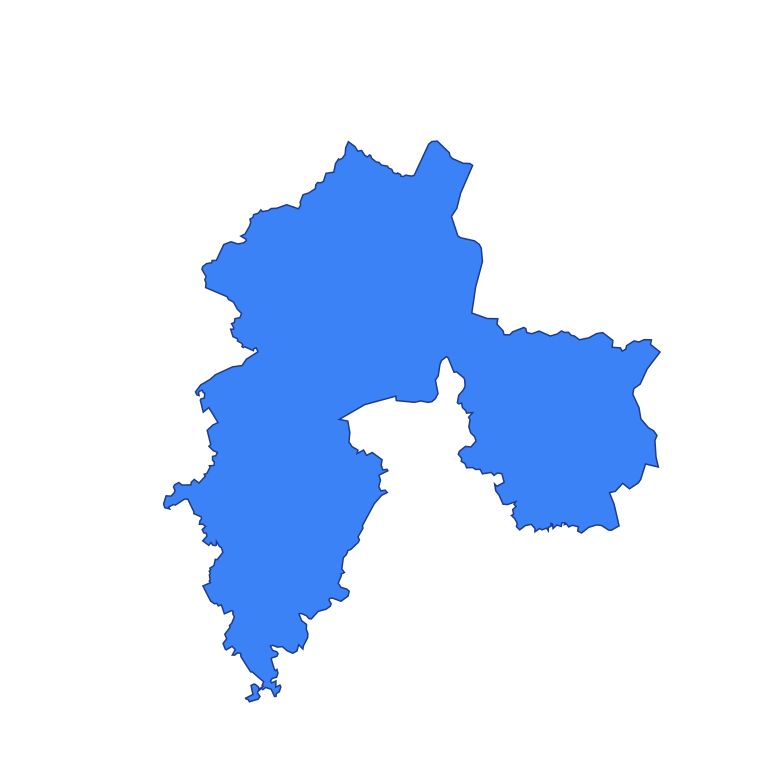 the district of Dhaka, Dhaka, Bangladesh, rotated 244°
{"feature_id": "16705992B90744549146712", "entity_name": "Dhaka", "entity_type": "district", "adm_level": 2, "iso_a3": "BGD", "parent_name": "Bangladesh", "parent_adm1": "Dhaka", "projection": "mercator", "projection_center": [90.205, 23.783], "detail": "fine", "context": "isolated", "style": "filled", "palette": "blue", "viewbox_px": 768, "rotation_deg": 244, "n_neighbors": 0, "source": "geoboundaries", "source_scale": "gbopen_adm2", "svg_char_len": 6171}
<svg xmlns="http://www.w3.org/2000/svg" viewBox="0 0 768 768"><g transform="rotate(244 384 384)"><path d="M281.9,132.7L264.8,133.0L260.8,135.3L260.0,137.6L257.2,137.8L256.7,141.0L247.4,139.8L247.1,147.6L245.7,148.8L244.0,147.4L240.2,147.3L235.7,142.2L234.7,139.3L232.8,139.0L228.9,131.2L223.9,130.9L221.4,125.6L215.3,125.1L214.2,125.6L214.8,132.5L210.5,133.9L206.9,128.8L205.8,130.9L206.5,134.6L204.8,137.0L201.6,135.9L183.8,137.9L182.7,139.5L169.1,145.3L166.6,142.4L165.3,142.8L164.4,137.6L166.5,138.4L170.3,136.7L171.4,135.5L171.3,132.3L162.4,130.1L162.3,121.9L161.5,121.9L159.7,123.7L157.4,123.7L155.9,132.6L157.5,135.6L161.8,134.9L162.8,135.8L164.2,140.3L162.4,141.1L163.1,144.6L159.1,148.8L151.1,148.6L150.6,150.0L152.9,151.5L153.3,155.0L157.0,158.5L159.0,158.5L159.0,153.8L164.5,156.7L164.6,152.1L166.7,151.6L168.4,154.6L167.5,158.9L170.5,161.9L174.4,162.7L174.0,160.6L176.0,160.4L186.2,162.1L187.0,163.3L186.2,168.4L188.1,170.6L190.4,170.2L193.3,167.2L198.2,166.9L197.9,169.5L194.2,172.9L192.5,177.5L186.7,180.0L182.0,184.0L182.2,188.8L187.1,193.0L181.3,194.9L183.9,196.7L189.5,204.2L192.9,206.1L197.7,206.7L201.9,209.0L207.4,206.2L214.6,206.8L214.1,209.0L209.7,212.7L205.9,213.8L204.7,215.8L208.5,225.1L207.0,233.3L207.8,238.4L209.9,240.2L214.0,239.8L215.0,241.0L214.4,243.6L207.6,250.1L209.1,258.7L212.9,261.8L216.1,260.6L220.2,256.1L225.1,255.6L230.3,261.5L232.0,262.1L231.9,265.8L236.2,265.0L245.6,271.2L247.3,275.6L250.1,278.5L249.9,281.9L253.0,291.5L254.7,293.6L258.0,293.6L263.5,301.8L266.2,302.6L280.7,322.8L285.0,333.1L285.0,339.4L288.1,338.5L289.4,334.3L294.1,334.3L299.1,338.7L304.3,339.5L304.3,349.4L305.9,349.4L307.4,345.2L312.6,346.0L316.7,349.1L327.6,343.4L327.5,337.0L333.6,336.7L333.3,329.3L336.0,331.6L341.7,327.8L347.3,327.1L355.3,332.0L366.5,335.2L371.8,328.3L373.9,357.7L367.9,389.3L363.7,387.8L354.2,403.3L352.7,409.6L348.2,415.5L347.1,419.3L348.3,423.7L351.8,428.4L364.9,431.9L367.6,436.4L377.0,442.8L379.9,446.0L381.2,452.2L379.4,453.1L363.8,452.1L363.2,454.5L354.3,458.5L352.0,458.2L346.6,456.0L344.1,453.1L341.1,446.2L335.0,441.7L333.4,442.4L332.8,445.3L328.3,444.2L324.0,445.9L321.7,445.4L319.4,451.2L317.0,445.4L314.3,445.8L308.4,441.5L302.1,440.5L297.0,442.4L292.4,441.7L289.3,434.5L292.2,429.9L290.5,422.3L288.2,420.0L283.2,421.2L280.6,419.5L277.1,421.9L272.5,421.5L270.0,427.1L267.0,428.9L265.2,433.0L260.1,433.1L257.5,441.6L253.6,442.8L254.3,446.9L251.7,450.6L243.0,448.9L242.6,440.6L245.6,439.6L239.0,437.6L233.7,438.7L223.8,438.3L221.5,442.2L220.5,450.8L218.9,448.1L216.1,449.1L214.7,444.6L210.1,443.4L210.0,440.9L205.6,442.5L200.4,442.7L197.8,440.5L193.4,442.0L194.8,449.0L193.3,454.8L188.0,456.4L185.0,454.9L185.9,460.6L183.7,462.0L183.2,466.8L180.1,467.3L183.0,468.8L183.0,472.0L185.5,473.1L184.1,474.0L180.0,472.6L181.5,477.5L178.3,480.9L181.2,482.9L180.4,485.1L179.6,485.9L178.6,484.5L178.2,486.7L174.6,487.3L174.4,491.5L170.4,496.1L166.9,493.6L163.5,496.3L165.4,505.2L164.2,513.2L161.5,517.5L154.3,521.8L152.9,524.0L153.4,533.1L174.9,538.1L187.5,539.0L186.1,544.9L190.1,555.0L182.2,558.7L183.6,569.2L185.7,572.9L197.5,584.0L189.1,594.2L198.9,596.4L214.4,602.7L218.1,606.8L223.8,605.8L228.7,602.5L240.1,599.6L250.9,602.8L265.7,603.1L270.4,606.6L271.6,614.2L282.2,627.2L291.7,646.1L302.7,640.9L306.5,643.7L309.8,637.3L310.0,631.6L313.1,627.6L312.1,618.8L309.4,616.7L309.1,612.4L312.8,612.4L317.0,605.2L322.9,608.8L334.3,603.1L336.1,597.2L335.7,588.3L338.1,579.0L343.5,576.3L345.8,573.5L349.6,572.5L351.2,568.9L353.9,566.7L353.0,561.6L354.2,554.5L363.6,546.6L364.3,539.1L367.6,534.9L371.7,535.7L373.5,534.5L374.5,522.5L373.0,518.5L375.7,513.5L379.7,514.3L388.2,511.7L392.8,514.9L397.6,505.5L409.3,494.0L430.9,508.8L450.9,526.2L463.5,531.0L467.8,530.8L473.0,528.1L481.8,517.0L484.7,515.3L505.1,518.1L509.9,526.4L522.0,536.6L541.6,559.5L544.6,557.7L547.6,552.0L556.8,544.2L560.2,543.3L563.2,544.1L579.0,538.3L581.0,533.3L579.9,529.2L558.3,502.6L558.8,499.8L562.2,495.1L562.0,492.6L563.3,490.3L565.0,490.7L567.7,488.8L567.4,487.5L569.8,484.9L573.4,485.1L576.4,482.6L578.2,482.7L581.9,477.6L585.3,476.7L587.1,474.2L592.6,471.8L595.3,472.2L596.2,471.3L595.3,468.7L597.9,466.9L603.7,466.3L604.8,462.5L610.0,462.0L617.4,458.2L613.1,453.1L607.4,449.7L605.0,445.2L605.3,441.9L606.1,441.7L603.4,437.1L596.4,431.7L598.8,424.3L592.6,418.4L592.6,415.3L594.2,412.6L593.0,410.1L589.7,407.9L588.7,400.2L589.6,394.2L584.1,388.2L581.3,387.5L579.0,383.9L587.8,375.1L589.0,364.6L591.2,359.5L590.6,356.2L592.3,350.3L594.5,349.7L592.6,346.0L593.4,341.2L591.2,339.2L590.9,335.7L587.7,335.1L584.8,332.3L579.7,324.8L579.7,320.1L574.5,323.5L573.1,322.8L572.4,319.7L573.9,314.1L578.9,308.9L579.6,301.1L568.6,287.5L570.4,283.7L568.6,282.3L570.0,277.2L569.0,272.5L566.9,270.6L558.4,271.2L556.2,268.6L552.9,268.4L548.9,265.9L531.3,281.2L528.0,281.4L523.7,284.6L515.3,285.0L509.9,286.9L506.8,283.5L508.1,278.7L504.9,276.5L505.1,273.4L500.8,273.6L499.2,272.8L500.5,270.2L492.8,269.0L488.8,272.2L486.9,271.2L483.0,273.9L481.0,274.2L480.0,272.7L478.4,273.5L478.5,275.2L471.2,281.2L472.9,282.6L472.4,285.0L468.2,284.8L466.6,271.1L462.8,264.6L465.8,255.4L466.2,236.3L464.4,230.1L463.5,218.7L459.5,211.1L456.3,211.1L454.7,212.7L457.7,213.6L458.4,215.3L457.9,218.0L455.4,217.8L454.5,218.9L450.2,216.4L450.8,212.9L449.9,211.8L437.9,209.2L439.6,216.2L422.1,217.9L422.2,212.4L419.9,204.8L405.4,201.7L404.8,199.3L399.1,201.3L395.5,204.2L393.2,201.4L394.1,198.2L390.7,196.5L388.2,197.3L385.3,195.5L387.1,191.2L385.4,191.1L381.3,185.6L381.7,182.8L379.4,182.9L376.1,174.3L381.4,171.6L380.1,167.6L377.9,166.2L381.8,158.1L385.4,156.4L385.2,151.6L383.6,149.6L380.1,149.6L378.2,147.8L376.6,143.4L379.0,139.1L372.8,133.3L368.9,132.8L365.6,136.6L367.9,136.6L367.9,141.9L366.6,143.5L368.0,154.1L366.6,157.2L352.3,157.1L350.9,156.2L344.8,161.4L342.7,160.8L341.6,158.5L338.8,156.5L337.4,159.8L334.1,161.2L332.9,156.8L329.1,156.8L327.9,158.8L324.9,158.2L322.5,152.3L315.8,155.8L317.3,159.1L314.4,159.3L312.8,161.3L312.7,162.6L316.0,164.4L309.9,164.9L308.4,166.1L303.3,165.4L299.2,157.0L300.4,155.5L295.3,151.6L294.8,146.7L293.0,146.9L292.4,144.9L289.7,144.8L289.1,143.4L283.8,141.7L283.6,140.6L281.5,140.9L281.9,132.7Z" fill="#3b82f6" stroke="#1e3a8a" stroke-width="1.5"/></g></svg>